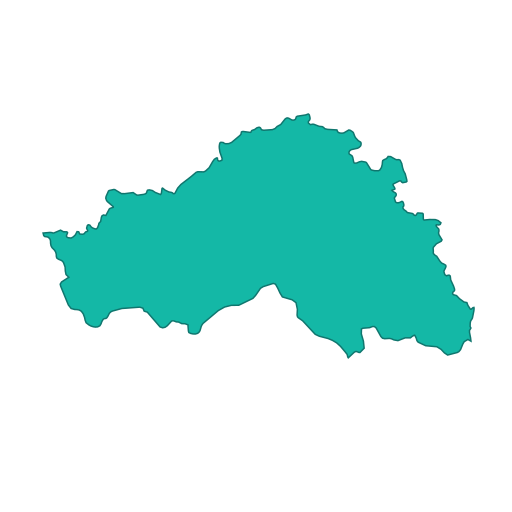 outline of Belgorod, rotated 350°
{"feature_id": "RUS-2370", "entity_name": "Belgorod", "entity_type": "Region", "adm_level": 1, "iso_a3": "RUS", "parent_name": "Russia", "parent_adm1": "", "projection": "orthographic", "projection_center": [37.593, 50.613], "detail": "fine", "context": "isolated", "style": "filled", "palette": "teal", "viewbox_px": 512, "rotation_deg": 350, "n_neighbors": 0, "source": "natural_earth", "source_scale": "10m", "svg_char_len": 6086}
<svg xmlns="http://www.w3.org/2000/svg" viewBox="0 0 512 512"><g transform="rotate(350 256 256)"><path d="M87.7,298.3L85.5,298.1L83.4,297.4L81.3,296.3L79.4,294.8L77.1,292.2L76.6,289.6L76.5,286.7L75.8,282.9L74.4,280.1L72.6,278.5L70.5,277.7L68.2,277.2L64.8,275.6L62.7,271.6L58.4,251.8L58.3,249.7L60.0,247.8L68.0,244.4L65.7,241.3L65.6,237.7L66.1,233.7L65.3,229.1L64.5,227.5L63.3,226.4L60.8,224.8L59.4,223.3L59.3,221.6L59.6,219.7L59.4,217.4L58.6,215.3L56.6,212.4L55.9,210.3L55.9,207.8L56.2,205.8L56.2,203.9L54.9,201.7L53.7,200.9L51.4,200.2L50.5,199.1L50.3,196.4L57.2,197.0L59.0,197.5L60.0,198.1L61.0,198.2L68.0,196.6L70.6,198.7L73.8,199.3L74.3,199.8L74.5,200.4L73.0,202.8L72.8,204.0L73.4,204.9L74.5,205.5L77.1,206.2L79.4,205.4L81.8,203.8L84.0,200.9L85.5,201.3L85.8,201.8L86.0,203.4L86.4,203.8L89.1,204.5L90.5,204.3L92.4,202.7L94.0,202.5L94.5,202.2L94.7,201.5L94.1,199.9L94.0,199.4L94.1,198.9L95.2,196.7L96.2,196.1L97.7,196.7L98.7,198.7L99.8,199.9L102.3,201.4L103.6,201.6L104.9,200.6L106.5,197.8L107.0,196.5L109.0,195.0L110.5,190.9L111.3,189.7L112.9,189.1L115.2,190.0L119.7,184.2L120.7,183.7L123.9,183.3L124.0,182.6L119.0,176.5L118.4,175.1L118.1,173.0L118.7,171.3L122.0,166.4L122.8,166.0L127.5,165.8L128.5,166.1L134.3,171.2L137.5,171.8L146.0,172.2L149.1,175.2L150.3,175.6L156.2,175.8L157.8,175.6L158.9,175.1L160.4,172.5L160.9,172.3L162.6,172.4L165.4,173.6L167.8,175.9L172.7,178.9L173.7,177.8L175.2,173.1L175.8,172.9L178.0,175.4L181.3,177.8L183.8,178.7L184.7,179.3L185.3,180.2L186.4,180.4L187.1,180.1L190.7,175.5L194.5,172.5L205.2,166.9L211.6,163.2L213.3,162.9L219.1,164.1L221.0,163.6L225.2,160.9L229.8,155.4L231.8,153.5L234.0,152.6L234.7,152.6L235.0,152.9L234.9,154.7L235.1,155.3L235.8,156.0L236.9,156.2L239.0,155.8L239.6,154.2L238.5,147.4L238.6,143.3L238.9,141.4L239.6,139.3L240.3,138.2L241.1,137.9L243.3,138.5L244.6,139.7L245.7,140.2L248.8,140.6L251.7,139.9L261.1,134.5L262.3,133.5L263.2,131.3L263.9,131.1L264.9,131.1L271.8,133.3L272.4,133.2L273.4,131.9L274.0,131.6L276.6,131.2L279.2,129.9L281.1,129.7L281.9,129.9L282.7,130.7L283.3,132.6L285.4,133.5L294.1,134.4L296.9,133.8L299.3,132.1L303.2,130.8L308.5,126.1L309.4,125.7L310.5,125.4L311.3,125.6L312.3,126.1L314.7,128.1L316.1,128.7L317.7,128.6L318.5,128.2L319.0,127.6L319.8,126.0L320.9,125.5L329.4,125.7L332.1,125.2L332.5,125.5L333.0,126.3L333.2,128.9L333.1,130.1L332.6,131.2L331.0,132.6L330.8,133.1L330.7,134.2L332.4,136.1L334.6,136.0L335.8,136.3L340.6,139.2L343.7,140.1L344.8,141.0L345.9,142.6L348.4,143.7L357.6,145.9L357.8,147.2L358.5,148.6L360.1,149.5L362.1,150.0L363.9,150.0L369.3,148.0L370.7,148.6L372.7,150.5L373.3,151.4L374.0,155.1L374.5,156.7L376.7,160.2L378.8,162.0L379.1,163.0L378.8,164.5L378.5,165.2L378.0,165.9L376.5,166.9L374.9,167.5L368.4,167.8L366.9,168.4L365.7,169.6L365.4,171.1L365.6,171.8L367.9,173.9L368.4,175.5L368.5,179.2L368.6,180.9L368.9,181.4L369.3,181.7L371.3,181.9L374.1,181.2L376.4,181.1L380.1,182.5L380.9,183.1L381.3,184.0L383.9,190.5L384.5,191.3L387.6,192.6L391.4,193.3L392.9,192.8L394.9,190.6L396.2,187.8L396.9,185.2L397.4,184.0L399.1,183.3L401.0,182.9L402.5,181.9L403.4,180.9L405.9,181.5L410.2,185.1L411.2,185.6L413.4,185.9L414.6,186.7L415.6,190.3L415.7,194.3L416.1,197.6L417.2,201.0L417.7,207.0L417.6,208.7L416.8,209.2L413.2,209.3L412.2,208.4L411.7,207.3L410.5,206.9L403.8,208.9L403.4,209.2L403.3,209.9L403.6,210.9L404.3,212.7L404.5,213.7L404.3,214.3L401.2,214.9L402.0,216.2L404.3,218.1L404.8,219.1L404.8,219.7L404.4,220.9L402.4,222.7L402.3,223.2L402.8,227.0L403.7,227.9L405.1,228.3L406.7,228.2L409.2,227.5L409.9,227.9L410.4,229.4L410.5,231.3L410.2,232.4L409.4,233.0L409.2,233.5L409.1,234.7L409.8,236.1L411.6,237.9L412.6,239.5L417.4,241.3L418.0,241.8L419.0,243.4L419.9,243.8L420.7,243.6L422.4,241.8L422.9,241.7L427.3,242.8L427.8,243.2L427.9,244.0L427.2,248.8L427.4,249.4L428.0,249.8L433.3,250.2L439.0,251.3L441.6,252.8L443.9,255.4L443.0,256.8L442.6,257.0L441.4,257.2L439.1,256.6L438.7,256.9L438.6,257.5L439.1,258.8L440.6,261.1L440.7,261.9L440.5,263.2L439.8,264.9L439.8,266.0L439.9,266.9L442.0,272.4L441.0,273.6L435.8,275.3L432.2,278.2L431.8,279.1L431.5,282.0L431.1,283.8L431.2,284.5L432.5,286.4L433.9,287.6L436.2,293.0L437.0,294.3L437.6,295.2L439.5,296.5L441.2,298.0L441.3,298.6L441.2,299.5L440.2,301.1L438.8,302.9L438.3,304.1L438.7,307.2L440.2,308.6L441.7,308.3L442.9,308.4L443.7,309.2L443.8,309.9L443.6,313.4L445.3,319.8L445.8,323.1L445.6,324.3L445.2,324.8L443.5,325.9L443.1,327.1L443.3,327.8L443.7,328.4L446.6,329.8L449.0,333.4L452.8,337.4L455.6,338.5L456.1,341.4L457.9,345.6L458.6,345.8L460.8,344.5L461.7,344.5L461.6,345.8L461.0,347.9L458.4,354.6L457.6,355.7L456.5,356.8L455.9,357.7L455.3,359.3L454.6,362.6L455.1,364.0L455.0,364.5L453.3,366.4L453.0,368.5L453.1,373.8L452.9,377.2L450.2,375.0L446.2,376.5L444.4,378.6L441.2,383.7L439.2,385.4L437.5,386.0L427.5,386.8L424.7,384.1L422.1,380.1L418.4,376.8L407.5,373.8L401.1,369.3L400.4,368.6L399.8,367.2L399.5,364.6L398.5,361.4L398.6,361.0L398.3,361.4L395.8,362.3L393.9,363.4L388.7,362.5L381.1,364.0L377.3,362.6L374.9,361.0L373.0,360.3L368.4,359.8L366.3,358.9L365.0,357.0L361.8,347.7L360.3,346.0L358.4,345.7L355.5,346.3L348.8,345.7L347.2,346.1L346.2,351.0L347.0,358.5L346.5,365.6L341.6,369.1L340.5,368.8L338.6,367.6L337.4,367.4L336.1,367.8L329.2,372.3L328.8,371.3L328.7,368.8L327.0,365.6L323.5,359.6L320.3,355.5L316.7,352.4L312.7,349.8L304.4,346.0L300.7,343.4L290.7,327.9L287.0,324.2L286.3,323.1L286.2,321.3L287.5,315.7L287.3,308.9L284.0,305.4L274.9,300.9L273.2,296.6L271.8,291.3L270.3,287.1L268.2,286.0L257.8,287.4L254.8,288.6L248.7,294.8L245.6,297.2L230.5,301.5L223.1,300.3L216.2,300.8L209.4,303.2L192.1,313.2L190.8,314.5L189.8,315.9L188.1,319.4L187.1,320.8L185.2,322.0L182.8,322.3L180.4,321.8L178.2,320.9L176.6,319.7L176.4,318.2L176.9,313.0L177.2,312.3L176.9,311.9L174.4,310.4L171.1,309.7L168.3,307.6L166.0,307.0L163.9,305.7L162.9,305.4L161.6,305.4L156.5,309.3L154.1,310.4L151.6,310.5L149.2,309.2L139.2,292.4L136.3,290.9L135.6,287.8L132.7,286.2L114.8,284.4L105.0,285.3L103.1,285.9L101.6,287.0L99.5,289.8L98.3,291.0L97.4,291.4L95.4,291.4L94.5,291.8L92.8,293.8L91.6,295.9L90.1,297.6L87.7,298.3Z" fill="#14b8a6" stroke="#0f766e" stroke-width="1.5"/></g></svg>